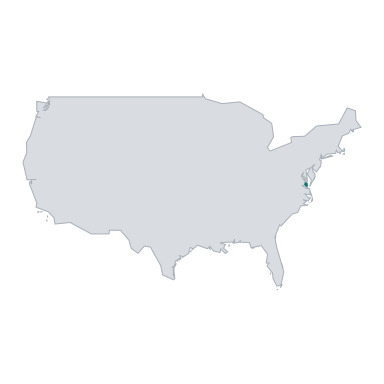 Gloucester, Virginia, United States of America shown in context
{"feature_id": "52423323B10302998803932", "entity_name": "Gloucester", "entity_type": "district", "adm_level": 2, "iso_a3": "USA", "parent_name": "United States of America", "parent_adm1": "Virginia", "projection": "equal_earth", "projection_center": [-76.514, 37.422], "detail": "fine", "context": "in_parent", "style": "filled", "palette": "teal", "viewbox_px": 384, "rotation_deg": 0, "n_neighbors": 0, "source": "geoboundaries", "source_scale": "gbopen_adm2", "svg_char_len": 4142}
<svg xmlns="http://www.w3.org/2000/svg" viewBox="0 0 384 384"><path d="M316.6,126.0L338.6,124.0L347.2,107.9L355.4,110.7L356.0,120.6L361.0,127.3L352.7,129.7L352.3,131.5L350.8,129.2L348.8,133.2L342.4,135.9L338.2,146.1L341.9,150.5L344.4,150.0L343.7,148.1L344.5,148.9L344.8,151.1L337.6,152.6L336.3,150.2L335.6,153.4L327.4,154.1L321.2,158.3L321.8,155.9L321.2,154.4L319.5,160.0L321.3,161.0L320.7,165.8L316.5,171.9L312.1,168.1L314.8,164.2L311.7,166.9L312.9,171.2L314.8,173.7L315.1,176.5L309.7,186.6L311.4,180.2L307.3,174.2L310.1,167.9L305.9,169.8L307.3,179.1L303.3,176.3L301.9,176.6L303.2,173.7L303.2,172.8L301.8,175.1L301.7,177.0L307.7,180.7L306.4,182.3L303.7,179.1L302.7,178.5L306.0,182.4L307.5,183.2L306.6,185.6L304.8,183.7L307.6,187.4L306.9,187.8L305.5,186.0L301.8,185.1L306.4,188.6L309.3,188.5L312.2,197.2L309.7,190.5L310.4,194.9L304.9,193.9L308.9,198.3L310.8,197.0L308.3,201.0L303.0,199.6L306.2,201.7L303.4,203.6L306.7,205.1L300.7,206.0L297.6,212.5L291.9,214.2L281.1,226.0L279.7,224.7L275.4,235.6L275.0,238.3L276.6,246.7L283.8,271.9L280.9,285.3L276.9,286.1L273.1,278.9L272.5,272.9L267.0,266.0L269.0,262.9L266.2,263.1L267.6,254.3L261.3,245.6L251.0,247.7L249.4,242.6L239.4,242.2L240.8,240.2L238.9,242.2L234.4,243.1L234.5,239.2L233.6,241.9L219.8,242.7L225.6,244.6L223.4,248.2L227.7,251.7L225.3,253.5L220.6,248.9L220.1,252.5L213.4,250.9L209.9,246.4L207.4,248.7L197.7,245.2L191.7,250.1L193.2,248.8L190.2,247.5L188.2,253.7L181.9,257.7L183.4,256.5L179.5,255.8L180.7,257.9L175.9,260.6L173.7,267.5L171.7,266.4L173.4,268.2L173.3,274.6L174.9,278.5L173.4,279.8L162.6,274.9L160.7,265.6L150.4,247.1L144.4,246.1L138.0,253.3L131.3,248.5L128.9,240.1L120.4,230.3L109.4,230.2L109.0,233.9L91.4,234.0L70.1,222.5L55.0,224.0L53.9,217.7L48.4,211.8L36.1,207.3L36.8,202.9L29.3,183.5L30.1,181.4L31.8,184.0L31.2,179.8L36.0,179.4L27.1,179.9L23.0,162.1L26.7,152.8L26.5,142.4L30.4,135.8L36.3,117.0L40.5,117.5L35.9,116.5L38.6,111.5L36.9,111.6L36.7,101.3L47.0,103.0L43.4,108.5L47.9,104.6L46.4,109.1L43.6,110.3L45.4,110.5L47.8,108.6L49.7,104.0L48.7,96.9L202.4,96.9L202.8,94.2L205.2,98.7L222.1,103.6L239.8,101.9L262.9,114.6L263.8,118.0L271.7,123.4L273.6,136.7L267.4,147.6L270.0,151.1L291.5,142.5L290.8,137.5L292.7,136.6L304.5,136.3L316.6,126.0ZM329.8,156.5L333.4,155.9L320.9,159.1L331.2,155.2L329.8,156.5ZM48.3,101.3L49.0,104.1L48.8,104.6L47.4,102.4L48.3,101.3ZM174.8,277.4L173.7,271.8L174.0,268.6L174.0,271.9L174.8,277.4ZM353.5,130.1L353.5,131.6L353.0,131.3L353.5,130.1ZM209.9,248.0L210.1,249.3L209.1,248.2L209.9,248.0ZM40.3,212.2L41.9,211.5L42.0,211.7L40.3,212.2ZM38.8,211.8L38.1,212.6L37.7,211.9L38.8,211.8ZM340.9,152.8L339.9,153.8L339.7,153.6L340.9,152.8ZM175.0,265.6L174.0,268.2L176.4,263.3L175.0,265.6ZM281.7,263.5L283.1,268.5L281.4,263.0L281.7,263.5ZM47.4,216.2L47.9,217.6L47.3,216.4L47.4,216.2ZM281.5,286.1L280.2,287.7L282.3,284.3L281.5,286.1ZM312.6,200.2L311.3,202.1L312.4,197.6L312.6,200.2ZM47.5,98.9L47.3,99.8L46.8,99.4L47.5,98.9ZM180.7,258.9L178.5,260.1L180.8,258.6L180.7,258.9ZM344.3,153.3L344.3,154.4L343.2,154.1L344.3,153.3ZM46.8,219.9L47.1,221.5L46.6,220.1L46.8,219.9ZM177.9,261.0L177.0,261.7L177.8,260.7L177.9,261.0ZM314.5,178.4L313.1,180.8L314.7,177.5L314.5,178.4ZM191.0,251.2L189.5,252.2L191.6,250.5L191.0,251.2ZM275.7,236.9L275.4,238.9L275.2,237.5L275.7,236.9ZM307.2,205.4L306.7,205.8L308.1,204.3L307.2,205.4ZM254.7,247.2L253.0,248.3L252.3,248.1L254.7,247.2ZM233.7,242.7L233.4,243.1L232.4,243.0L233.7,242.7ZM270.6,273.1L270.8,274.5L270.3,272.8L270.6,273.1ZM229.2,245.5L228.9,246.9L228.9,244.5L229.2,245.5ZM277.6,289.6L276.7,289.8L278.0,289.3L277.6,289.6ZM320.4,166.6L319.7,167.8L320.5,166.1L320.4,166.6ZM310.2,202.4L309.6,202.9L310.2,202.4Z" fill="#d9dde1" stroke="#a8b0b8" stroke-width="1"/><path d="M305.0,184.3L305.3,184.6L305.4,184.8L305.7,185.3L305.9,185.5L306.1,185.6L306.2,185.8L306.3,185.9L306.4,185.7L306.5,185.8L306.8,185.7L307.0,185.7L307.0,185.4L306.9,185.1L306.7,184.9L306.7,184.7L306.8,184.7L306.6,184.4L306.7,184.2L306.6,183.9L306.7,183.7L306.4,183.5L306.3,183.4L306.2,183.4L305.9,183.3L305.9,183.2L305.7,183.1L305.4,183.0L305.3,183.6L305.4,183.8L305.3,184.1L305.2,184.2L305.0,184.3Z" fill="#14b8a6" stroke="#0f766e" stroke-width="1.5"/></svg>